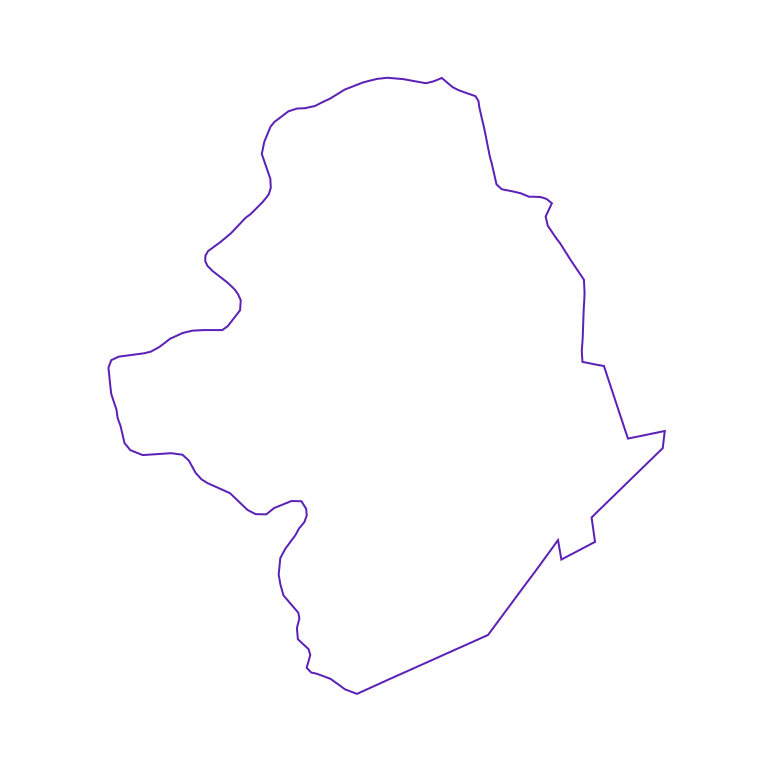 outline of Fartura do Piauí, Piauí, Brazil, rotated 82°
{"feature_id": "56859067B80687548008335", "entity_name": "Fartura do Piauí", "entity_type": "district", "adm_level": 2, "iso_a3": "BRA", "parent_name": "Brazil", "parent_adm1": "Piauí", "projection": "robinson", "projection_center": [-42.811, -9.481], "detail": "fine", "context": "isolated", "style": "outline", "palette": "violet", "viewbox_px": 768, "rotation_deg": 82, "n_neighbors": 0, "source": "geoboundaries", "source_scale": "gbopen_adm2", "svg_char_len": 1865}
<svg xmlns="http://www.w3.org/2000/svg" viewBox="0 0 768 768"><g transform="rotate(82 384 384)"><path d="M486.3,116.9L469.6,112.5L472.0,150.0L464.6,151.4L396.8,163.7L394.1,171.9L389.7,184.4L379.1,183.6L366.4,180.9L336.0,175.5L328.9,174.0L321.6,172.7L308.6,171.5L301.8,174.8L288.1,181.5L269.0,190.1L264.1,192.9L250.1,199.8L240.6,200.6L228.4,192.6L223.3,197.4L220.8,202.5L219.7,207.9L218.7,214.4L214.2,222.0L211.2,229.7L207.5,240.3L202.0,244.8L180.7,246.6L174.0,247.5L160.6,248.3L152.7,248.7L143.2,249.3L133.9,250.2L123.1,251.1L116.8,251.1L111.6,253.5L108.1,260.4L103.5,269.1L99.8,274.5L95.9,278.1L89.0,284.1L91.2,292.8L92.0,300.6L84.8,322.4L81.2,338.1L80.9,348.3L81.7,356.4L82.5,363.0L87.0,382.0L93.9,397.7L96.1,405.0L99.1,413.8L99.9,424.2L99.1,431.8L100.7,440.8L109.2,456.0L113.3,460.5L127.6,468.9L139.2,473.0L165.0,468.0L174.0,468.8L180.4,471.9L186.9,478.8L197.2,492.5L200.2,498.0L213.6,514.8L220.3,525.6L227.9,539.7L232.1,543.0L237.4,543.9L242.2,542.5L248.2,538.1L262.0,524.7L269.6,518.7L274.9,516.0L281.2,514.2L291.0,516.3L305.0,530.7L308.1,536.7L305.5,555.2L304.5,566.4L305.5,576.4L309.4,589.5L316.0,601.2L319.5,610.3L320.2,617.4L320.0,642.9L322.4,650.7L329.5,654.6L347.8,655.3L355.9,655.5L372.2,652.5L380.7,652.5L389.1,650.7L406.3,649.2L414.2,644.4L420.8,632.9L422.9,604.4L426.0,593.4L432.7,587.9L445.8,582.9L452.9,578.1L457.5,572.7L470.7,551.7L489.7,536.7L495.0,529.3L496.7,518.7L491.5,510.0L487.0,492.0L488.6,482.1L496.9,478.4L503.4,478.8L509.7,482.1L515.3,488.3L521.5,492.9L533.1,504.4L541.9,510.9L558.0,514.8L568.1,514.5L579.3,513.0L598.6,500.7L604.4,500.4L613.5,504.2L624.8,504.8L636.1,495.6L642.1,494.7L654.3,500.1L659.6,496.2L661.5,491.0L668.6,477.9L681.0,465.0L687.1,453.9L677.8,422.4L647.0,315.9L605.2,274.8L589.7,259.4L562.8,233.4L582.5,232.8L569.7,197.0L545.1,197.0L539.5,189.5L486.3,116.9Z" fill="none" stroke="#5b21b6" stroke-width="2"/></g></svg>